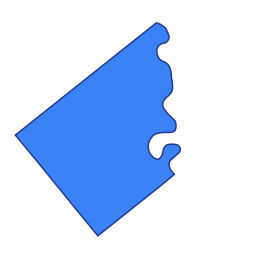 the district of Buchanan, Missouri, United States of America, rotated 141°
{"feature_id": "52423323B327676514277", "entity_name": "Buchanan", "entity_type": "district", "adm_level": 2, "iso_a3": "USA", "parent_name": "United States of America", "parent_adm1": "Missouri", "projection": "natural_earth1", "projection_center": [-94.95, 39.676], "detail": "fine", "context": "isolated", "style": "filled", "palette": "blue", "viewbox_px": 256, "rotation_deg": 141, "n_neighbors": 0, "source": "geoboundaries", "source_scale": "gbopen_adm2", "svg_char_len": 1340}
<svg xmlns="http://www.w3.org/2000/svg" viewBox="0 0 256 256"><g transform="rotate(141 128 128)"><path d="M219.3,63.2L140.6,62.6L121.1,62.8L121.3,66.2L121.2,69.1L119.5,73.4L118.4,74.7L116.2,75.9L115.2,76.2L103.5,76.8L102.0,77.4L100.9,78.3L100.0,79.7L99.8,81.6L100.0,83.1L100.4,84.0L102.0,86.0L103.3,87.2L106.7,89.7L108.3,90.4L110.4,90.4L113.0,89.6L114.4,88.7L114.5,88.6L114.8,88.4L115.0,88.2L118.4,85.5L119.3,85.1L123.0,84.3L123.6,84.3L124.5,84.9L125.1,85.6L125.9,86.8L126.8,88.7L127.2,93.0L126.9,94.8L126.0,97.8L123.4,101.5L121.4,103.4L118.4,105.0L115.6,105.9L112.9,106.3L111.7,106.2L109.1,105.5L106.1,104.1L101.9,101.2L98.6,98.4L96.6,97.1L95.2,96.6L93.8,96.4L92.8,96.6L91.1,97.7L89.2,99.5L87.4,102.6L87.1,103.9L87.2,106.7L88.1,113.7L87.9,120.2L87.6,122.0L87.1,123.2L85.3,125.4L83.4,126.7L82.5,127.0L79.1,127.6L76.3,127.6L73.5,128.0L71.3,128.6L70.2,129.3L68.0,131.2L66.9,132.6L63.3,138.2L62.8,139.7L60.8,142.1L59.0,145.0L57.6,148.4L57.1,150.8L57.0,152.3L57.6,155.1L57.8,155.7L59.6,159.2L60.1,161.3L60.1,162.2L59.8,164.2L59.1,166.7L57.1,169.9L56.4,170.7L55.4,171.4L53.6,172.3L51.9,172.7L50.9,172.7L49.2,172.4L44.6,170.5L42.4,170.7L41.2,171.1L39.7,172.0L38.6,173.1L38.2,173.8L36.2,180.4L36.0,182.7L37.5,187.9L38.5,190.0L39.8,191.9L220.0,193.4L219.6,154.5L219.5,95.9L219.3,63.2Z" fill="#3b82f6" stroke="#1e3a8a" stroke-width="1.5"/></g></svg>